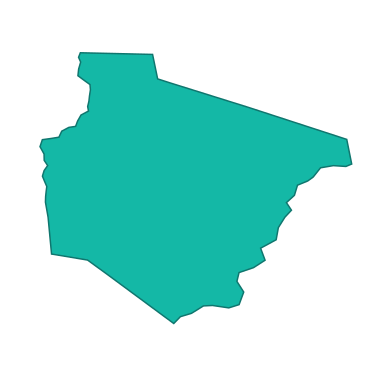 Desterro, Paraíba, Brazil, rotated 276°
{"feature_id": "56859067B37062746654974", "entity_name": "Desterro", "entity_type": "district", "adm_level": 2, "iso_a3": "BRA", "parent_name": "Brazil", "parent_adm1": "Paraíba", "projection": "equal_earth", "projection_center": [-37.091, -7.309], "detail": "fine", "context": "isolated", "style": "filled", "palette": "teal", "viewbox_px": 384, "rotation_deg": 276, "n_neighbors": 0, "source": "geoboundaries", "source_scale": "gbopen_adm2", "svg_char_len": 932}
<svg xmlns="http://www.w3.org/2000/svg" viewBox="0 0 384 384"><g transform="rotate(276 192 192)"><path d="M115.6,58.8L113.4,95.2L101.8,115.3L59.3,187.6L66.8,193.5L71.3,204.2L79.9,215.3L81.3,224.2L80.6,240.7L84.9,250.6L97.9,253.9L107.8,246.0L116.8,247.2L123.2,261.1L131.8,271.8L143.3,266.1L153.3,280.7L165.6,281.6L176.6,287.0L184.3,292.8L191.3,287.0L199.4,294.2L209.8,296.2L215.1,306.0L219.6,311.0L229.5,317.3L233.0,329.8L233.5,342.4L236.5,347.9L260.5,340.4L282.1,239.0L298.2,158.9L300.9,146.0L324.7,138.4L318.8,66.4L314.1,65.1L309.6,67.7L302.4,66.4L295.7,66.4L291.4,73.7L288.2,79.3L283.0,80.3L276.7,80.0L271.6,80.0L266.1,79.3L261.7,80.6L257.0,73.6L250.6,70.8L245.1,69.4L243.4,62.8L238.9,56.1L232.6,53.9L230.6,46.6L228.4,37.7L221.2,36.1L214.3,40.9L208.0,41.7L203.2,45.7L197.9,42.7L192.1,41.6L187.1,44.3L182.3,47.0L177.7,46.9L172.2,46.9L166.6,47.3L151.9,51.5L115.6,58.8Z" fill="#14b8a6" stroke="#0f766e" stroke-width="1.5"/></g></svg>